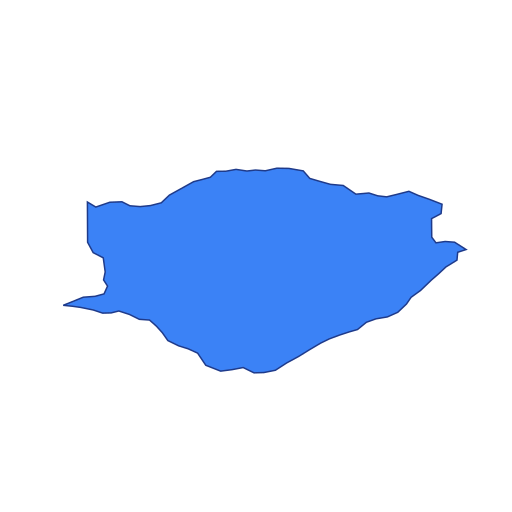 outline of Dirce Reis, São Paulo, Brazil, rotated 248°
{"feature_id": "56859067B30204819137287", "entity_name": "Dirce Reis", "entity_type": "district", "adm_level": 2, "iso_a3": "BRA", "parent_name": "Brazil", "parent_adm1": "São Paulo", "projection": "natural_earth1", "projection_center": [-50.628, -20.447], "detail": "fine", "context": "isolated", "style": "filled", "palette": "blue", "viewbox_px": 512, "rotation_deg": 248, "n_neighbors": 0, "source": "geoboundaries", "source_scale": "gbopen_adm2", "svg_char_len": 1316}
<svg xmlns="http://www.w3.org/2000/svg" viewBox="0 0 512 512"><g transform="rotate(248 256 256)"><path d="M251.4,429.1L258.7,422.0L260.5,408.7L261.9,399.3L266.2,391.4L272.1,384.3L275.9,371.8L288.7,363.3L294.6,351.8L301.4,343.0L307.8,334.9L317.2,331.7L324.9,319.3L329.6,308.2L331.5,296.6L335.9,287.7L338.2,279.4L343.8,269.9L345.9,259.8L349.3,251.1L346.1,243.2L347.1,234.9L348.3,226.0L346.4,210.8L344.9,198.5L340.8,188.1L342.3,177.0L345.2,167.1L349.8,157.9L356.5,152.0L360.6,140.6L361.4,125.8L369.2,119.9L331.8,105.0L320.1,106.3L311.5,113.7L297.7,110.2L290.9,105.7L283.7,107.1L277.8,100.9L278.9,91.7L282.5,80.4L282.5,58.8L278.1,67.1L274.0,74.2L266.9,84.9L260.5,92.4L257.5,100.4L256.4,108.2L249.2,116.8L241.0,124.1L236.5,133.3L228.2,137.4L220.0,140.4L210.6,142.6L201.7,150.6L195.3,158.4L187.8,165.5L173.5,168.5L162.5,180.1L159.6,191.2L157.4,202.3L148.4,210.4L145.0,219.6L142.8,231.2L145.4,244.6L146.9,257.9L149.1,270.7L151.0,283.2L151.7,293.1L151.4,303.8L150.7,314.1L149.8,322.6L153.2,333.5L152.8,343.7L150.3,355.0L150.7,366.4L155.1,377.5L159.6,384.3L162.5,395.9L168.0,409.6L171.2,418.9L174.7,427.9L176.9,440.8L183.9,444.4L183.3,453.2L194.4,445.3L198.6,436.8L200.8,427.8L207.6,426.0L217.1,429.7L224.9,432.8L226.0,443.5L234.3,447.9L243.6,438.0L251.4,429.1Z" fill="#3b82f6" stroke="#1e3a8a" stroke-width="1.5"/></g></svg>